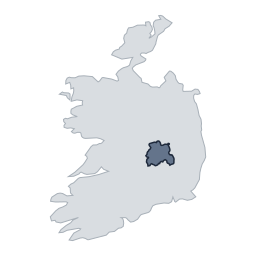 Laoighis highlighted on a map of Ireland
{"feature_id": "IRL-723", "entity_name": "Laoighis", "entity_type": "County", "adm_level": 1, "iso_a3": "IRL", "parent_name": "Ireland", "parent_adm1": "", "projection": "orthographic", "projection_center": [-7.345, 52.994], "detail": "fine", "context": "in_parent", "style": "filled", "palette": "slate", "viewbox_px": 256, "rotation_deg": 0, "n_neighbors": 0, "source": "natural_earth", "source_scale": "10m", "svg_char_len": 6049}
<svg xmlns="http://www.w3.org/2000/svg" viewBox="0 0 256 256"><path d="M163.6,31.3L158.3,35.0L157.5,36.5L156.0,42.2L155.8,43.8L152.5,50.2L150.6,51.5L147.8,52.5L146.2,53.5L144.2,53.0L141.6,53.0L140.4,54.2L140.4,55.0L141.2,56.0L145.9,59.0L145.6,60.2L144.2,61.6L135.8,64.9L133.2,67.0L132.3,68.3L133.2,70.6L139.9,77.5L141.1,78.3L142.0,82.3L148.0,84.0L150.5,86.5L152.6,87.1L157.2,86.9L159.1,87.8L160.1,87.1L160.7,85.8L165.9,80.9L164.2,77.3L169.4,71.1L170.8,71.2L173.3,73.1L175.3,75.7L176.0,79.2L177.9,82.3L179.1,83.4L182.4,84.0L183.2,85.3L182.7,89.9L183.2,91.4L191.6,91.2L195.0,89.1L197.9,89.4L199.4,91.5L200.1,93.6L197.6,94.4L194.9,94.0L193.7,95.4L193.6,98.1L194.6,101.5L196.4,103.9L197.9,109.4L199.1,115.5L201.0,119.2L201.5,123.7L201.2,126.0L201.7,130.0L200.9,131.5L201.5,135.3L204.9,147.4L205.7,157.0L204.2,160.6L202.2,164.0L200.9,168.1L199.9,172.5L199.4,179.5L194.9,187.8L193.0,189.8L190.8,191.1L195.8,196.8L191.8,199.4L187.4,200.3L182.5,198.9L179.5,199.1L175.7,202.1L174.8,201.6L172.9,196.9L171.6,201.7L168.8,203.3L164.0,203.0L156.0,204.3L152.9,205.7L151.6,207.8L150.6,210.3L149.4,211.8L147.9,212.6L141.7,214.4L140.5,215.1L137.6,219.2L133.7,221.5L130.6,222.1L127.8,219.7L126.7,218.3L125.4,217.6L121.1,217.6L122.5,218.4L123.3,220.1L123.7,223.2L123.2,226.4L121.0,227.9L118.5,228.2L114.5,231.4L109.2,232.1L106.3,235.1L88.6,239.7L87.6,239.7L85.3,238.4L82.7,237.7L80.0,238.1L72.6,240.6L69.1,240.0L73.8,233.1L80.0,229.8L80.7,228.8L78.7,228.3L67.1,230.3L63.0,232.3L59.0,232.7L61.0,229.6L66.3,225.4L70.8,222.7L72.8,220.2L78.4,217.5L60.7,222.9L56.1,222.0L55.1,220.3L51.5,220.9L50.3,216.8L55.8,210.8L59.0,208.3L62.7,207.0L66.3,205.1L67.7,202.6L66.1,201.8L55.6,202.0L50.6,201.3L50.9,199.3L51.9,197.1L57.3,193.6L60.1,193.1L62.6,193.5L66.9,195.9L72.9,195.4L70.5,192.9L70.2,188.0L68.4,186.3L70.9,184.1L73.7,182.8L78.4,178.3L80.0,177.6L89.1,176.7L98.9,174.5L108.6,171.3L103.7,169.3L101.4,166.8L97.5,171.7L94.7,173.6L86.9,174.4L84.5,173.8L81.1,172.1L80.0,172.7L79.0,173.9L73.8,176.2L68.4,176.6L74.8,172.3L83.0,164.8L84.8,162.4L87.4,158.2L86.7,156.3L85.1,155.1L91.1,146.6L93.1,145.0L96.7,144.9L99.5,143.5L100.6,143.6L101.7,143.1L104.1,140.5L100.5,138.7L96.8,137.8L85.3,138.4L83.8,138.1L82.4,137.3L81.5,136.1L80.9,133.1L80.1,132.4L77.5,132.3L74.9,133.2L73.1,133.0L71.4,131.6L74.3,128.7L70.7,127.9L67.1,128.3L64.1,127.3L64.0,125.4L65.5,123.5L63.8,121.7L63.5,119.4L65.4,118.3L67.5,118.8L71.8,117.2L77.3,116.6L72.7,114.8L70.9,113.3L70.9,111.1L71.3,109.2L76.8,106.3L82.6,105.0L82.2,103.0L82.7,100.7L76.9,99.9L71.2,101.3L71.9,97.0L73.4,93.2L73.8,90.6L73.6,87.8L70.9,88.9L70.7,85.1L69.7,82.4L65.7,84.0L65.9,80.5L67.2,78.1L69.3,77.2L71.3,77.7L75.1,77.8L78.8,76.1L84.1,75.8L92.4,76.6L98.1,81.9L99.6,81.0L102.0,77.8L103.0,77.5L111.7,79.1L117.1,81.1L118.5,80.5L117.8,76.9L116.0,74.3L118.4,71.1L121.3,68.9L123.2,67.8L127.5,66.5L129.5,65.2L130.8,60.9L132.8,57.4L121.9,59.1L111.6,54.8L113.3,51.8L115.5,50.2L119.3,49.0L119.7,47.4L121.6,46.2L124.8,42.8L123.7,38.4L124.4,35.2L126.7,33.1L127.4,30.1L128.5,27.9L133.0,27.2L137.4,25.2L144.2,25.0L145.9,25.8L145.5,22.2L148.7,21.7L149.9,22.4L150.5,25.0L151.9,26.7L152.4,29.5L151.4,31.7L149.8,33.4L151.2,35.2L148.9,38.3L151.4,37.0L155.0,33.9L154.8,31.4L154.2,28.2L153.2,25.4L153.7,22.2L155.6,20.2L160.8,19.3L158.7,15.7L160.6,15.4L162.7,16.1L165.7,18.9L172.1,22.8L169.0,26.3L165.1,28.7L163.6,31.3ZM70.1,98.3L69.9,100.0L67.4,97.8L66.3,95.5L59.4,94.2L62.4,92.0L63.7,92.7L68.6,93.0L70.0,94.0L70.1,98.3Z" fill="#d9dde1" stroke="#a8b0b8" stroke-width="1"/><path d="M174.0,159.9L173.9,160.6L173.9,162.1L173.9,162.4L173.7,163.3L173.5,163.6L173.1,163.8L170.9,164.5L169.9,165.2L169.6,164.8L169.4,164.4L169.3,164.2L169.1,163.9L169.0,163.7L168.9,163.6L168.7,163.5L167.7,163.2L167.3,162.9L167.2,162.6L167.0,162.3L166.9,162.1L166.9,161.8L166.9,161.3L166.9,161.1L166.8,160.9L166.7,160.8L165.5,159.8L165.3,159.7L165.1,159.7L164.8,159.8L163.2,160.9L163.2,161.1L163.1,161.5L162.8,161.9L162.6,161.9L162.2,161.8L161.6,161.5L161.4,161.5L161.1,161.5L160.8,161.7L160.4,162.0L160.2,162.3L160.1,162.5L159.9,162.8L159.7,163.4L159.6,163.6L159.3,163.5L159.1,163.4L158.8,163.4L158.4,163.8L158.2,164.0L158.0,164.4L157.8,164.7L157.4,165.0L155.6,165.7L155.3,165.6L154.9,165.5L154.7,165.3L154.2,164.9L153.6,164.7L152.9,164.4L152.3,164.2L152.1,164.0L151.9,163.9L151.8,163.7L151.5,163.7L151.1,163.9L150.4,164.6L150.2,165.0L150.1,165.3L150.0,165.5L149.8,165.6L148.0,166.0L147.7,164.1L147.4,163.4L147.1,163.1L146.9,162.8L146.6,162.3L146.5,161.9L146.5,161.7L146.6,161.0L146.7,160.3L146.7,160.0L146.8,159.7L147.2,159.0L147.3,158.8L147.6,158.6L148.2,158.1L148.4,157.9L148.5,157.7L148.4,157.5L148.3,157.3L148.1,157.3L147.2,157.1L146.7,156.8L146.5,156.7L146.3,156.4L145.9,155.7L146.5,155.0L146.8,154.6L147.0,154.3L147.0,154.1L147.1,153.2L147.3,152.4L147.5,152.0L147.6,151.8L147.7,151.7L148.3,151.2L148.5,150.9L148.6,150.7L148.7,150.3L148.8,150.1L149.1,149.8L150.0,149.2L150.2,148.9L150.3,148.7L150.5,148.3L150.7,147.9L150.8,147.6L150.7,147.4L150.4,147.0L149.4,145.6L149.2,145.2L149.1,144.8L149.1,144.6L149.1,144.4L149.2,144.2L149.3,144.0L149.4,143.8L149.6,143.6L154.3,142.2L154.6,142.2L155.0,142.2L156.1,142.5L156.4,142.6L156.6,142.4L156.7,142.2L156.7,141.9L156.8,141.7L157.0,141.4L157.3,141.2L158.2,141.0L158.5,141.1L158.8,141.1L159.3,141.4L159.5,141.6L159.7,141.9L160.5,143.2L160.5,143.4L160.5,144.1L160.6,144.3L160.7,144.5L160.8,144.9L160.9,145.1L161.1,145.2L161.5,145.4L162.4,145.3L163.0,145.2L164.1,144.6L164.4,144.4L165.1,144.2L166.6,144.3L167.0,144.4L167.5,144.3L168.2,143.4L168.9,143.5L169.1,143.6L169.3,143.8L169.3,144.1L169.2,144.3L169.0,144.5L168.8,144.5L168.6,144.5L168.4,144.8L168.3,145.2L168.3,145.4L168.3,145.6L168.5,145.8L169.0,146.7L169.5,148.1L169.7,148.9L169.9,149.9L169.8,150.6L169.8,150.8L169.7,151.0L169.0,151.9L168.9,152.1L168.8,152.4L168.7,152.9L168.8,153.3L168.9,153.5L169.0,153.7L169.1,153.8L169.4,154.2L169.5,154.3L169.6,154.5L169.9,154.7L170.4,154.7L170.8,154.9L170.9,155.0L171.1,155.1L171.4,155.0L171.8,154.8L172.1,155.1L172.5,155.6L173.7,157.8L173.8,158.2L174.0,158.9L174.0,159.2L174.0,159.9Z" fill="#64748b" stroke="#1e293b" stroke-width="1.5"/></svg>